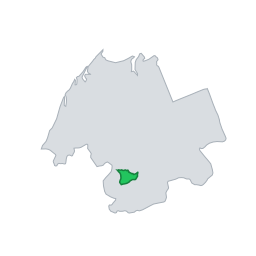 location of Lèbombi-Leyou, Haut-Ogooué, Gabon, rotated 68°
{"feature_id": "22940354B21970441224980", "entity_name": "Lèbombi-Leyou", "entity_type": "district", "adm_level": 2, "iso_a3": "GAB", "parent_name": "Gabon", "parent_adm1": "Haut-Ogooué", "projection": "orthographic", "projection_center": [13.158, -1.435], "detail": "fine", "context": "in_parent", "style": "filled", "palette": "green", "viewbox_px": 256, "rotation_deg": 68, "n_neighbors": 0, "source": "geoboundaries", "source_scale": "gbopen_adm2", "svg_char_len": 4964}
<svg xmlns="http://www.w3.org/2000/svg" viewBox="0 0 256 256"><g transform="rotate(68 128 128)"><path d="M176.3,43.6L176.2,45.6L173.9,50.5L172.9,54.2L172.6,58.2L173.2,61.4L174.3,63.7L175.0,66.2L174.5,67.9L173.4,68.7L174.1,69.6L175.8,69.8L178.5,69.0L182.8,67.7L188.5,65.8L192.2,64.7L198.3,65.4L201.5,66.1L203.2,67.5L205.0,73.2L205.9,74.1L207.4,76.5L208.6,79.4L208.9,80.9L208.7,82.0L207.5,83.6L206.1,85.9L205.6,87.3L204.4,88.3L203.0,89.4L198.9,89.8L198.2,90.4L197.1,92.9L195.0,95.0L194.0,97.0L193.1,99.6L193.3,102.9L192.8,107.6L192.4,110.8L193.5,111.9L198.4,112.7L199.3,113.3L200.6,115.3L202.3,117.2L206.7,118.3L208.5,119.8L209.9,121.3L210.0,122.6L209.0,127.7L208.1,132.7L208.4,136.4L208.8,140.0L209.3,145.2L209.1,148.4L207.8,150.3L207.8,151.8L208.4,153.7L207.3,158.7L206.6,159.6L204.6,160.5L203.5,161.9L203.2,164.1L202.1,167.0L201.0,168.1L201.0,169.4L202.1,170.4L202.0,171.9L200.1,173.7L198.8,175.1L196.2,175.8L193.2,175.1L192.4,174.1L193.2,172.5L192.9,171.3L191.9,169.9L190.2,166.5L188.8,165.8L188.0,167.2L185.5,169.8L181.2,173.1L178.1,173.4L172.5,172.4L167.7,170.8L165.5,166.9L164.1,163.7L162.1,159.9L159.8,158.2L157.4,157.0L156.3,156.9L152.9,159.0L151.8,159.8L151.8,161.6L152.2,163.2L152.7,164.0L153.2,165.0L153.1,166.7L152.5,168.8L152.2,171.2L141.4,173.6L139.5,172.8L138.2,171.7L136.5,171.9L131.8,173.1L130.1,172.2L128.4,171.6L127.6,172.1L127.5,173.2L128.3,178.8L128.1,180.9L127.0,183.8L126.5,185.7L129.3,186.2L130.4,187.1L131.4,188.5L132.8,189.8L132.9,190.6L131.3,192.1L130.8,193.9L131.5,195.3L133.5,196.8L136.3,198.3L137.7,199.3L137.6,200.3L136.3,202.2L135.8,203.9L134.9,205.4L135.1,206.8L136.3,208.1L136.2,209.2L135.3,210.1L133.6,209.9L132.0,210.0L130.7,209.7L126.5,205.2L125.5,205.1L119.4,208.5L117.9,209.9L116.6,212.0L115.0,216.3L112.2,213.8L109.8,209.1L107.0,206.3L101.0,201.6L99.5,198.2L92.7,190.7L83.0,183.2L76.0,176.7L74.9,175.2L76.1,175.4L82.9,178.6L83.8,178.3L84.6,177.6L81.7,175.8L78.9,174.5L76.3,173.7L73.6,173.8L72.2,172.4L71.2,170.3L70.7,168.5L69.6,166.6L65.8,162.7L64.9,161.2L62.9,159.2L64.1,158.9L68.1,160.9L68.5,160.1L68.1,159.0L64.1,157.1L62.0,157.0L61.4,155.7L61.7,154.2L58.9,148.5L55.9,144.3L55.4,142.3L63.5,151.5L64.5,151.7L65.9,151.6L69.2,150.5L68.6,149.3L67.1,148.0L65.7,148.6L63.8,148.7L62.8,148.2L62.3,147.2L64.2,142.8L63.4,143.0L62.8,143.8L61.8,144.2L60.2,144.4L56.2,142.0L52.7,135.6L51.8,134.3L50.9,132.0L50.0,131.1L46.0,121.9L47.5,122.6L49.3,125.3L52.9,124.7L54.2,123.2L55.4,123.2L56.7,122.9L58.2,121.4L62.8,115.1L64.0,106.8L63.6,101.8L62.9,96.9L64.4,95.3L65.0,96.4L65.3,98.1L66.0,99.4L67.6,100.6L70.7,100.9L75.3,102.7L77.0,103.8L77.4,101.5L82.8,99.5L81.2,98.8L76.4,99.6L69.9,96.7L67.7,94.8L65.7,91.3L63.6,89.4L63.7,87.8L68.4,86.2L69.7,86.4L70.2,88.2L71.4,89.0L71.9,88.7L72.1,87.1L72.1,82.9L70.7,76.9L71.1,75.8L72.4,75.4L73.6,74.6L74.4,74.4L76.0,74.6L76.7,75.9L77.2,76.7L78.8,77.1L80.1,77.8L81.2,77.6L82.2,76.7L83.6,76.6L87.8,76.6L91.7,76.6L99.4,76.6L107.1,76.6L114.8,76.6L120.7,76.6L120.6,73.2L120.6,67.9L120.6,61.6L120.6,55.6L120.5,50.1L120.5,43.5L120.8,41.6L121.2,40.8L121.1,39.7L127.0,39.7L137.9,40.1L142.6,40.1L143.9,40.2L149.8,39.8L154.6,40.2L156.6,40.7L158.5,40.9L164.2,41.2L171.7,40.9L174.2,40.9L175.6,41.9L176.3,43.6Z" fill="#d9dde1" stroke="#a8b0b8" stroke-width="1"/><path d="M163.3,152.3L163.4,152.9L163.3,153.4L163.2,153.6L163.6,153.4L164.1,153.3L164.6,153.3L165.0,153.1L165.3,153.0L165.6,152.8L166.1,152.6L166.6,152.4L167.0,152.3L167.8,152.3L168.5,152.3L169.0,152.4L169.5,152.5L169.9,152.7L170.7,152.9L171.3,153.1L171.8,153.3L172.2,153.5L172.8,154.0L173.1,154.4L173.4,154.7L173.9,155.1L174.5,155.6L175.2,156.0L175.6,156.0L176.1,155.9L176.7,155.8L177.0,155.7L177.5,155.5L177.8,155.4L178.0,155.4L178.1,154.5L178.1,153.9L178.2,153.3L178.3,152.9L178.4,152.5L178.5,152.1L178.6,151.4L178.8,150.3L178.8,149.1L178.8,148.8L178.7,148.5L178.6,148.1L178.5,147.2L178.4,146.8L178.3,146.6L178.1,146.5L178.0,146.3L177.9,145.9L177.8,145.7L177.7,145.5L177.7,145.2L177.7,144.6L177.6,144.2L177.5,143.8L177.5,143.5L177.5,143.2L177.6,142.9L177.7,142.6L177.9,142.1L178.0,141.9L178.2,141.6L178.3,141.2L178.4,140.9L178.5,140.5L178.5,140.2L178.4,140.0L178.2,139.9L178.0,139.6L177.9,139.4L177.7,139.1L177.4,138.8L177.4,138.6L177.2,138.4L176.8,138.1L176.7,137.8L176.6,137.5L176.4,137.3L176.2,137.3L175.9,137.2L175.7,137.0L175.3,136.9L175.2,136.8L174.7,136.7L174.3,136.4L173.8,136.1L173.5,135.8L173.2,135.6L172.8,135.6L172.9,135.9L172.9,136.4L173.1,136.7L173.3,137.5L173.3,138.2L173.3,140.1L173.1,140.3L172.8,140.4L172.1,140.5L171.9,141.0L171.8,141.5L171.6,141.8L171.0,142.1L170.0,143.1L169.5,143.7L169.1,143.8L168.8,143.7L168.6,143.5L168.3,143.6L168.1,143.8L167.8,143.9L167.5,143.9L167.3,143.8L167.1,143.9L167.0,144.1L167.3,144.4L167.3,144.7L167.2,145.0L166.9,145.3L166.6,145.4L166.3,145.7L166.0,146.1L165.8,146.4L165.9,147.8L165.6,148.2L165.5,148.3L165.4,148.7L165.2,149.0L164.8,149.2L164.5,149.4L164.4,150.0L164.4,150.3L164.3,150.7L164.1,151.1L163.9,151.5L163.6,152.0L163.3,152.3Z" fill="#22c55e" stroke="#15803d" stroke-width="1.5"/></g></svg>